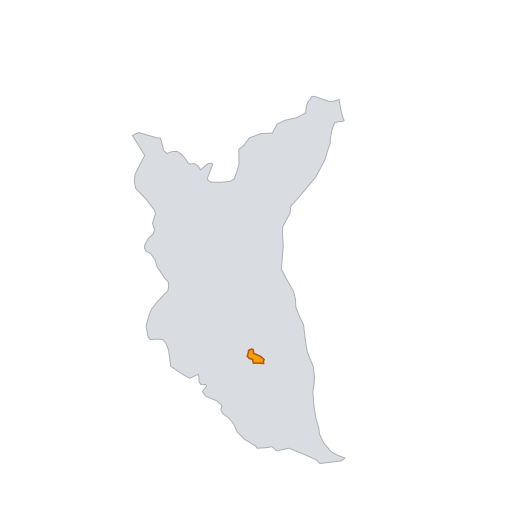 Bălţi on a map of Moldova (Natural Earth projection), rotated 203°
{"feature_id": "MDA-1618", "entity_name": "Bălţi", "entity_type": "City", "adm_level": 1, "iso_a3": "MDA", "parent_name": "Moldova", "parent_adm1": "", "projection": "natural_earth1", "projection_center": [27.968, 47.763], "detail": "fine", "context": "in_parent", "style": "filled", "palette": "amber", "viewbox_px": 512, "rotation_deg": 203, "n_neighbors": 0, "source": "natural_earth", "source_scale": "10m", "svg_char_len": 2207}
<svg xmlns="http://www.w3.org/2000/svg" viewBox="0 0 512 512"><g transform="rotate(203 256 256)"><path d="M95.2,104.8L97.2,100.8L116.0,90.0L120.9,91.8L130.7,92.2L150.7,91.9L160.6,84.8L166.7,86.7L171.6,83.6L179.9,79.5L181.1,80.4L182.1,81.0L194.9,82.8L204.5,86.7L210.9,92.6L217.5,96.2L224.4,97.7L228.2,100.6L228.9,105.1L235.3,107.3L247.4,107.3L252.5,110.2L250.6,116.2L251.9,118.2L256.2,116.1L259.4,117.9L261.1,122.3L263.1,124.4L269.2,117.5L275.7,118.2L291.4,121.1L299.8,135.5L305.0,140.6L309.6,142.7L315.4,140.5L320.5,137.8L323.5,139.1L329.9,148.6L331.4,161.1L331.4,166.2L329.2,174.6L326.0,183.7L323.5,189.5L324.6,194.3L326.9,198.2L330.7,199.5L342.9,207.5L347.5,213.1L354.1,217.2L359.1,217.4L361.7,219.7L362.7,222.6L362.1,229.7L359.3,236.4L359.7,240.7L364.1,245.8L364.7,251.7L365.0,255.5L367.4,258.5L378.6,265.0L393.2,271.3L396.9,276.7L399.2,283.5L398.6,295.1L397.7,305.1L416.8,318.6L414.7,321.2L411.8,323.9L393.6,326.0L389.9,327.1L382.0,316.9L377.8,315.7L373.9,319.4L369.4,321.5L363.9,320.4L358.0,317.3L355.0,315.1L352.6,314.8L348.9,317.0L344.0,316.1L340.8,313.6L336.3,322.2L333.4,324.0L331.7,323.8L331.2,309.1L329.9,306.9L326.2,306.5L317.4,310.0L309.0,314.5L306.2,318.5L306.5,325.8L307.7,334.4L313.5,347.5L310.4,353.2L308.2,362.3L299.2,370.6L289.0,375.5L288.2,385.4L282.5,392.2L272.8,399.0L266.3,407.2L268.0,412.9L268.4,418.2L267.3,421.8L267.0,424.6L264.5,425.8L249.6,426.8L245.4,428.5L240.6,432.5L235.9,425.0L231.2,418.6L227.8,415.1L229.3,413.4L233.0,411.6L235.7,409.4L235.3,401.7L233.4,392.8L231.6,388.5L231.4,381.8L230.1,371.3L231.9,351.9L239.3,327.5L243.4,315.4L241.4,308.7L242.9,293.2L239.7,285.6L234.7,275.6L227.5,253.8L218.5,246.3L207.5,238.0L202.8,231.7L199.6,224.8L193.1,217.9L185.6,211.6L176.6,195.9L172.0,188.8L170.6,186.9L160.3,176.8L155.0,167.7L152.3,160.3L150.7,153.3L143.6,139.7L137.1,129.4L130.9,122.1L128.1,117.0L120.8,110.5L110.5,105.3L103.8,104.4L95.2,104.8Z" fill="#d9dde1" stroke="#a8b0b8" stroke-width="1"/><path d="M216.6,156.3L218.8,159.5L222.1,159.0L224.9,160.3L225.4,164.7L225.9,166.1L225.0,167.5L223.6,168.7L221.9,168.7L220.2,165.4L217.6,165.6L212.1,165.3L208.1,163.9L208.0,161.8L207.0,160.0L211.9,158.4L216.6,156.3Z" fill="#f59e0b" stroke="#b45309" stroke-width="1.5"/></g></svg>